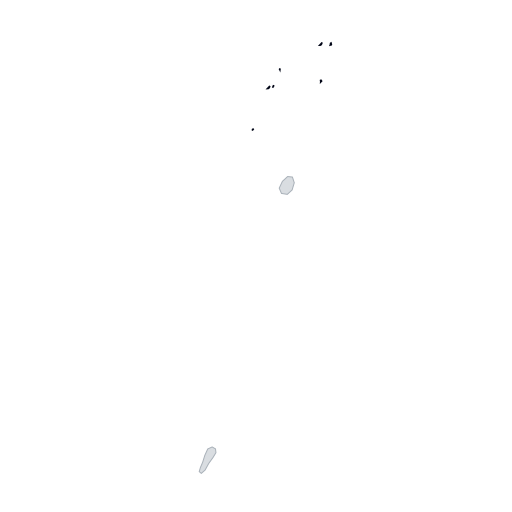 Maldives, with Meemu highlighted, rotated 192°
{"feature_id": "MDV-5236", "entity_name": "Meemu", "entity_type": "Atoll", "adm_level": 1, "iso_a3": "MDV", "parent_name": "Maldives", "parent_adm1": "", "projection": "equal_earth", "projection_center": [73.465, 2.939], "detail": "fine", "context": "in_parent", "style": "filled", "palette": "ink", "viewbox_px": 512, "rotation_deg": 192, "n_neighbors": 0, "source": "natural_earth", "source_scale": "10m", "svg_char_len": 1031}
<svg xmlns="http://www.w3.org/2000/svg" viewBox="0 0 512 512"><g transform="rotate(192 256 256)"><path d="M263.1,57.2L259.2,60.1L255.5,58.9L254.3,55.3L256.1,50.1L259.1,43.3L261.3,36.0L264.3,32.0L266.7,33.3L266.4,37.5L265.3,43.1L264.6,50.4L263.1,57.2ZM241.6,340.3L236.8,340.8L233.8,335.6L234.4,328.1L238.2,322.8L244.1,322.5L247.4,327.2L245.7,334.5L241.6,340.3Z" fill="#d9dde1" stroke="#a8b0b8" stroke-width="1"/><path d="M279.7,422.1L277.8,425.2L278.0,423.4L278.6,422.5L279.3,422.2L279.7,422.1ZM237.6,475.4L235.7,478.6L236.0,476.7L236.5,475.8L237.2,475.5L237.6,475.4ZM227.3,477.7L227.2,478.5L227.3,479.1L227.3,479.6L226.9,480.0L226.2,478.6L226.4,478.0L226.9,477.9L227.3,477.7ZM228.9,439.6L229.0,440.3L229.3,440.8L229.4,441.2L229.0,441.5L228.2,440.8L228.2,440.4L228.6,440.1L228.9,439.6ZM285.8,378.0L285.7,379.2L284.7,379.9L285.8,378.0ZM274.8,424.1L274.3,426.8L274.1,426.0L274.2,425.5L274.8,424.1ZM271.3,443.0L271.6,443.4L271.8,443.6L271.4,444.4L271.4,444.2L271.3,443.0Z" fill="#0f172a" stroke="#020617" stroke-width="1.5"/></g></svg>